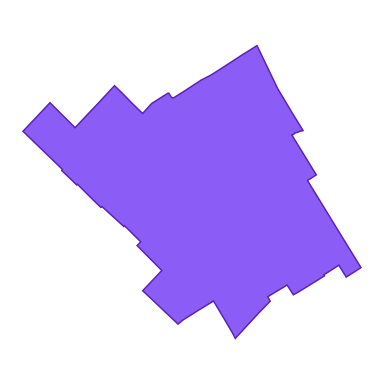 the district of Mercedes, Buenos Aires, Argentina
{"feature_id": "61730980B17018817153702", "entity_name": "Mercedes", "entity_type": "district", "adm_level": 2, "iso_a3": "ARG", "parent_name": "Argentina", "parent_adm1": "Buenos Aires", "projection": "natural_earth1", "projection_center": [-59.369, -34.7], "detail": "fine", "context": "isolated", "style": "filled", "palette": "violet", "viewbox_px": 384, "rotation_deg": 0, "n_neighbors": 0, "source": "geoboundaries", "source_scale": "gbopen_adm2", "svg_char_len": 1652}
<svg xmlns="http://www.w3.org/2000/svg" viewBox="0 0 384 384"><path d="M361.0,267.6L347.0,244.9L332.2,220.8L315.6,193.7L312.1,188.0L307.5,180.5L316.3,174.9L304.1,155.0L291.9,135.1L292.1,135.0L292.3,134.8L292.5,134.8L292.7,134.6L292.8,134.6L293.1,134.5L293.2,134.4L293.4,134.3L293.6,134.2L293.8,134.1L294.2,133.8L294.3,133.7L294.5,133.6L294.6,133.4L294.8,133.0L294.9,132.9L295.1,132.8L295.4,132.8L295.7,132.8L295.8,132.7L296.1,132.5L296.3,132.5L296.7,132.5L296.8,132.5L297.1,132.4L297.4,132.3L297.6,132.2L297.9,132.1L298.0,132.1L298.3,132.0L298.6,131.9L298.8,131.8L299.0,131.8L299.1,131.7L299.3,131.5L299.4,131.3L299.5,131.3L299.8,131.2L300.0,131.1L300.4,131.1L300.6,131.1L300.9,131.0L301.0,131.0L301.3,131.0L301.5,130.8L301.7,130.7L301.9,130.7L302.1,130.8L302.4,130.8L302.6,130.8L302.8,130.8L303.1,130.6L292.7,113.7L277.5,88.3L269.0,70.5L257.0,45.6L242.1,54.9L233.1,60.8L219.5,69.6L211.2,74.9L203.0,79.2L201.9,79.6L184.3,91.1L173.7,97.8L171.5,97.5L168.9,93.3L168.1,93.1L151.9,103.3L150.6,104.6L142.6,113.5L131.7,102.9L121.9,92.8L114.5,85.7L105.4,95.5L97.0,104.5L91.8,109.9L87.0,115.0L75.1,127.7L50.0,102.7L23.0,131.3L62.5,169.5L61.7,170.5L76.8,185.0L77.5,184.3L90.9,197.7L100.8,207.4L101.0,207.3L101.2,207.2L101.4,207.2L101.6,207.1L101.9,206.7L102.0,206.6L102.4,206.9L102.6,207.1L110.8,214.6L123.8,226.5L124.5,225.7L124.6,225.8L140.7,241.8L137.1,245.6L161.8,270.5L142.7,290.7L178.0,324.1L183.0,320.0L198.2,310.4L213.5,301.0L225.7,321.4L232.2,332.5L235.3,338.4L258.7,313.0L270.2,301.2L267.8,296.7L287.1,285.0L293.4,294.8L299.2,291.5L324.5,275.8L323.9,274.8L338.8,265.2L346.2,277.1L361.0,267.6Z" fill="#8b5cf6" stroke="#5b21b6" stroke-width="1.5"/></svg>